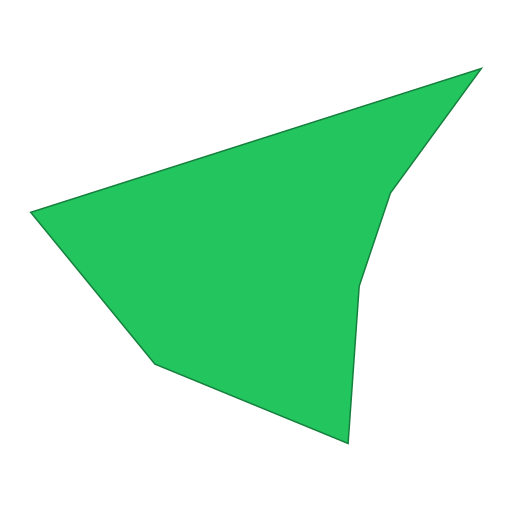 SVG path tracing the border of Trzin
{"feature_id": "SVN-236", "entity_name": "Trzin", "entity_type": "Municipality", "adm_level": 1, "iso_a3": "SVN", "parent_name": "Slovenia", "parent_adm1": "", "projection": "albers", "projection_center": [14.555, 46.128], "detail": "fine", "context": "isolated", "style": "filled", "palette": "green", "viewbox_px": 512, "rotation_deg": 0, "n_neighbors": 0, "source": "natural_earth", "source_scale": "10m", "svg_char_len": 213}
<svg xmlns="http://www.w3.org/2000/svg" viewBox="0 0 512 512"><path d="M30.7,212.3L481.3,68.5L390.5,192.9L359.2,286.1L348.1,443.5L154.9,364.1L30.7,212.3Z" fill="#22c55e" stroke="#15803d" stroke-width="1.5"/></svg>